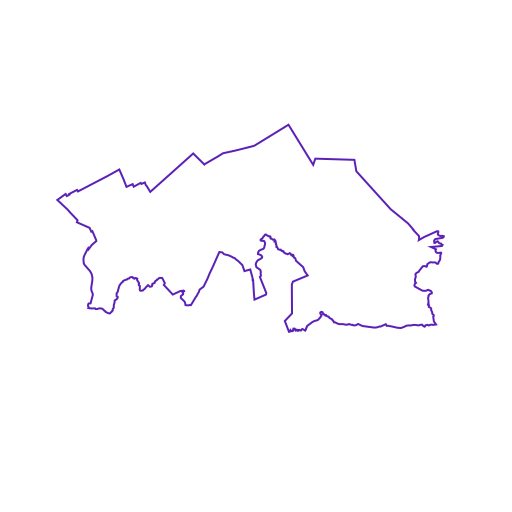 Cuauhtémoc, Zacatecas, Mexico, rotated 238°
{"feature_id": "50627088B81148704477128", "entity_name": "Cuauhtémoc", "entity_type": "district", "adm_level": 2, "iso_a3": "MEX", "parent_name": "Mexico", "parent_adm1": "Zacatecas", "projection": "natural_earth1", "projection_center": [-102.417, 22.46], "detail": "fine", "context": "isolated", "style": "outline", "palette": "violet", "viewbox_px": 512, "rotation_deg": 238, "n_neighbors": 0, "source": "geoboundaries", "source_scale": "gbopen_adm2", "svg_char_len": 6146}
<svg xmlns="http://www.w3.org/2000/svg" viewBox="0 0 512 512"><g transform="rotate(238 256 256)"><path d="M285.4,390.4L307.1,357.9L303.0,352.8L350.1,353.1L350.4,312.9L356.4,294.2L360.6,282.5L360.6,276.2L361.1,261.8L360.9,260.7L376.2,257.1L366.4,200.3L373.4,200.4L374.5,200.1L377.3,200.7L377.8,197.1L379.1,197.0L379.6,189.0L382.3,189.5L383.3,182.8L391.7,184.4L401.8,185.9L402.5,172.6L405.1,139.2L406.8,139.3L406.9,139.0L407.6,130.4L406.9,130.3L407.1,127.3L409.5,127.4L408.8,117.2L395.3,120.8L391.0,121.5L380.9,123.6L379.5,122.0L368.0,129.8L363.9,129.2L363.8,130.4L354.2,128.9L353.3,128.5L352.4,122.7L350.4,117.6L351.6,117.9L351.4,117.3L347.8,111.3L346.5,109.5L344.8,108.0L341.2,106.1L339.4,105.9L331.5,107.2L329.7,107.2L327.7,107.0L324.5,105.9L322.2,104.4L316.1,99.2L313.8,98.1L310.8,97.6L309.6,97.1L303.5,90.6L304.4,88.9L304.0,88.1L302.8,87.1L301.5,87.0L300.7,86.2L298.7,88.7L296.8,91.8L296.0,91.9L295.3,93.0L294.5,95.7L293.1,97.4L291.8,98.1L289.9,98.4L289.0,98.9L288.3,98.8L285.6,100.6L284.8,101.5L284.7,102.1L285.1,102.8L285.2,104.2L285.8,105.2L285.7,105.6L286.8,106.3L287.4,107.8L289.8,109.5L291.7,111.6L293.1,112.5L293.2,115.1L293.8,116.4L294.5,117.0L295.7,116.5L298.1,117.9L298.9,119.7L302.4,123.4L303.5,124.9L304.5,127.6L304.8,129.7L305.3,130.2L304.7,133.7L304.4,134.4L304.7,135.2L304.2,136.6L304.5,137.3L304.5,138.3L303.9,139.7L303.1,140.2L302.7,140.1L302.5,140.6L301.5,141.0L301.2,140.9L301.1,142.4L299.7,143.3L299.0,142.6L298.5,142.4L294.9,142.5L294.6,141.9L293.4,141.2L292.1,141.6L288.9,139.5L288.3,139.4L287.5,140.0L286.7,141.7L287.1,142.6L287.0,143.8L287.8,146.1L288.5,149.0L286.2,149.7L285.9,150.2L285.5,151.6L286.5,152.9L287.1,153.0L287.2,153.3L287.3,154.1L286.9,155.3L286.9,155.8L288.0,157.0L288.1,158.6L288.4,159.5L288.2,159.8L288.6,161.8L288.4,162.9L287.0,164.8L281.3,164.3L280.3,162.5L267.4,165.0L266.4,173.2L265.0,176.3L264.6,176.5L264.2,176.4L264.5,174.9L264.3,174.5L264.0,174.3L263.0,174.5L262.2,173.9L261.8,171.0L260.2,170.0L255.6,171.2L254.0,171.1L251.7,170.2L250.0,172.4L249.6,173.8L248.8,174.7L253.3,183.6L253.6,184.6L254.5,186.0L255.8,188.5L257.4,190.4L257.8,195.3L262.7,203.2L265.5,207.0L269.7,213.6L278.8,227.0L276.9,229.3L274.4,229.9L270.9,233.3L267.8,235.3L266.5,235.9L265.7,236.7L262.9,237.5L261.3,238.2L255.5,239.6L249.3,238.2L247.6,244.0L237.2,240.8L237.3,240.3L236.9,240.2L236.4,240.4L225.0,234.2L219.8,231.6L218.0,244.0L218.3,244.3L219.1,245.1L236.2,248.2L236.6,249.7L239.1,250.9L239.8,251.6L241.9,252.3L246.3,250.4L249.0,251.3L250.3,252.7L251.2,254.7L251.4,255.6L251.2,257.7L251.3,260.0L251.7,260.6L252.0,260.8L253.3,260.9L254.5,260.4L256.6,258.7L258.0,259.8L258.8,261.2L258.7,263.9L258.4,264.3L258.2,266.2L258.7,267.3L261.7,270.3L262.8,270.7L264.2,270.9L265.2,270.0L266.1,268.5L266.9,268.2L267.3,268.4L267.6,269.4L267.6,270.8L268.6,272.8L268.6,273.7L269.2,274.6L269.3,275.2L269.0,275.8L268.5,275.9L265.9,277.3L265.4,278.2L264.9,278.5L263.9,277.8L263.1,277.7L263.0,278.2L260.8,279.0L260.4,279.6L260.4,280.3L260.0,280.5L259.5,280.3L258.6,280.4L258.7,279.7L258.5,279.4L257.7,280.2L256.9,279.6L256.2,279.7L255.2,279.0L254.6,279.2L253.3,278.5L253.0,278.1L252.8,278.2L252.8,278.6L252.1,278.7L250.1,278.3L248.5,279.6L248.3,280.3L247.4,280.3L246.5,280.6L246.2,281.4L245.5,281.8L244.4,281.4L243.8,281.8L242.5,282.3L241.3,283.5L240.8,283.7L240.5,284.8L240.6,286.0L239.9,286.5L239.0,286.6L238.2,286.4L238.0,287.2L237.2,288.1L236.8,287.9L236.4,287.2L235.7,287.8L234.8,287.3L233.3,288.1L230.8,287.4L221.5,290.1L217.3,289.2L212.1,289.5L214.7,273.7L212.7,271.2L188.2,256.1L185.6,246.0L174.2,243.8L173.9,244.5L174.9,246.0L173.6,246.2L173.1,246.6L172.9,247.6L174.6,249.2L174.3,249.9L173.7,250.4L172.2,249.9L171.6,250.1L171.5,250.7L171.9,251.5L171.5,251.9L171.1,251.7L170.4,251.8L170.1,252.7L170.5,253.2L170.3,253.7L169.4,254.1L169.0,254.6L169.6,256.5L168.6,257.3L166.7,258.1L167.2,259.3L168.2,260.2L168.4,261.0L169.3,261.8L169.6,262.5L170.1,268.8L169.9,271.2L169.1,273.7L169.0,275.0L170.0,278.5L170.6,279.0L170.7,279.9L171.5,280.3L173.0,280.0L173.7,280.3L174.1,280.8L173.9,282.0L173.1,282.6L171.0,282.3L170.5,282.6L170.3,283.0L169.0,283.1L168.7,283.3L168.9,283.7L168.7,284.1L168.2,283.9L166.5,284.9L166.2,285.4L164.5,285.5L161.9,287.0L160.7,286.8L160.3,287.2L158.4,287.0L158.0,287.8L154.8,289.8L153.9,290.8L152.1,293.7L150.7,295.1L149.3,297.1L149.0,298.9L147.7,299.8L146.9,300.6L146.5,301.4L146.0,301.5L145.1,302.5L144.3,304.1L144.3,306.5L140.2,309.2L132.5,318.5L131.4,320.7L130.8,323.3L130.2,324.1L129.4,329.9L127.6,329.8L127.1,330.7L124.2,333.9L120.3,337.8L118.1,340.7L117.3,344.7L117.3,346.2L116.4,348.4L115.0,350.5L114.2,352.9L113.0,354.8L111.0,357.0L110.6,358.7L109.8,360.4L109.5,360.6L108.7,360.5L106.8,361.4L106.7,361.9L107.4,363.0L106.7,365.0L105.5,365.7L105.3,367.3L104.9,368.2L104.5,368.9L103.7,369.7L102.5,372.4L106.1,372.2L106.8,372.4L110.7,374.2L111.1,375.1L111.7,375.4L113.4,374.9L114.3,375.2L114.8,375.6L117.4,375.9L118.5,376.7L119.3,376.7L121.3,375.6L122.6,376.7L123.6,376.0L124.3,376.7L124.6,377.5L125.2,377.6L126.6,378.5L128.5,379.3L129.6,380.0L130.3,381.0L131.0,381.3L131.6,383.0L131.2,385.3L132.0,385.8L132.6,385.9L133.8,385.7L135.1,384.6L135.8,384.4L136.1,383.9L136.5,381.6L137.6,379.8L138.5,378.7L145.9,374.6L147.1,374.7L148.5,376.3L148.4,377.4L150.0,377.4L151.2,378.0L152.2,378.7L153.7,380.5L156.0,381.5L156.6,383.0L156.4,385.5L157.1,386.9L158.9,392.0L158.1,393.7L156.5,395.0L156.6,395.4L158.2,396.8L158.5,399.4L158.1,401.0L156.9,402.4L155.8,404.3L155.3,404.8L153.4,405.4L153.1,406.0L153.0,406.5L154.2,407.8L155.2,410.0L157.3,411.7L158.8,412.5L160.2,414.5L160.6,414.7L160.9,414.6L161.4,413.3L162.5,411.5L163.5,410.7L164.7,410.8L165.8,411.3L166.3,412.2L170.9,409.2L166.0,418.9L166.1,419.4L166.5,420.1L167.7,419.4L168.5,419.5L169.3,418.5L170.0,418.1L170.8,417.9L171.5,418.1L172.2,417.9L172.5,416.6L172.1,415.1L172.3,414.6L172.6,414.2L174.4,415.0L174.9,415.6L175.3,417.1L172.5,424.0L172.9,425.6L173.2,425.8L174.5,424.5L175.2,423.1L176.1,422.3L177.3,421.7L177.9,421.7L178.7,422.1L179.5,423.2L180.3,423.6L181.1,422.7L183.0,408.5L183.2,402.5L184.5,403.7L186.6,404.8L194.6,403.2L195.4,403.2L195.4,403.4L203.1,402.2L224.3,395.0L274.7,386.0L285.4,390.4Z" fill="none" stroke="#5b21b6" stroke-width="2"/></g></svg>